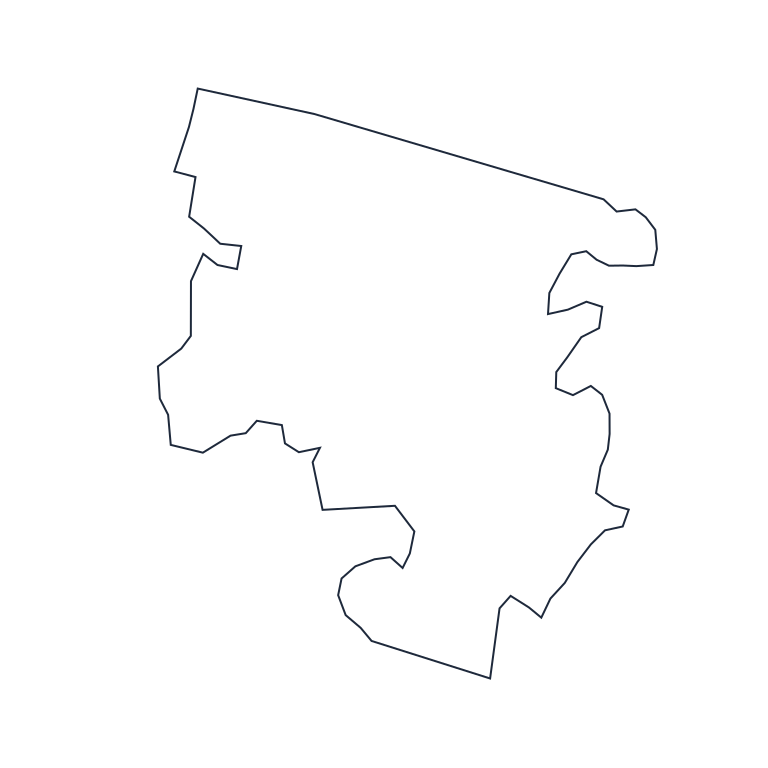 the district of Montauri, Rio Grande do Sul, Brazil, rotated 199°
{"feature_id": "56859067B40303133509643", "entity_name": "Montauri", "entity_type": "district", "adm_level": 2, "iso_a3": "BRA", "parent_name": "Brazil", "parent_adm1": "Rio Grande do Sul", "projection": "robinson", "projection_center": [-52.06, -28.663], "detail": "fine", "context": "isolated", "style": "outline", "palette": "slate", "viewbox_px": 768, "rotation_deg": 199, "n_neighbors": 0, "source": "geoboundaries", "source_scale": "gbopen_adm2", "svg_char_len": 1222}
<svg xmlns="http://www.w3.org/2000/svg" viewBox="0 0 768 768"><g transform="rotate(199 384 384)"><path d="M187.8,140.1L201.7,209.5L195.3,224.9L174.2,219.9L159.2,214.3L156.8,235.3L148.3,254.8L143.2,278.6L136.2,299.7L127.4,317.6L111.9,327.0L111.7,344.9L127.4,344.0L148.0,349.9L152.3,376.3L151.0,394.8L154.4,410.2L161.1,429.4L174.2,444.8L187.8,449.5L201.7,435.0L220.2,436.0L225.0,451.4L219.4,468.9L212.7,492.5L198.8,506.9L202.8,528.0L219.4,527.7L234.3,514.2L251.7,503.5L257.3,523.9L253.9,545.6L249.1,567.6L236.0,575.4L223.4,570.7L209.8,569.1L196.7,573.8L183.8,577.6L168.1,584.2L169.9,600.5L177.7,618.1L190.8,626.9L203.1,631.0L220.2,622.8L236.5,630.1L537.7,616.6L656.3,602.7L653.7,582.0L652.1,563.5L651.5,516.7L629.6,518.3L622.7,478.7L604.8,472.4L584.5,463.3L563.9,468.0L560.4,444.8L580.2,442.3L597.3,448.2L600.0,418.4L582.3,366.6L587.2,351.5L603.5,327.0L591.2,297.2L578.1,284.6L565.8,257.0L532.9,260.1L512.3,285.2L498.7,292.5L492.3,307.8L467.2,311.9L458.3,295.6L442.3,291.8L423.8,302.8L426.0,286.8L401.1,245.0L334.0,272.4L307.3,254.5L304.4,232.2L306.5,216.1L321.5,222.4L335.9,215.2L351.7,202.3L360.8,186.3L358.6,169.4L345.0,153.0L326.6,145.8L312.1,137.0L187.8,140.1Z" fill="none" stroke="#1e293b" stroke-width="2"/></g></svg>